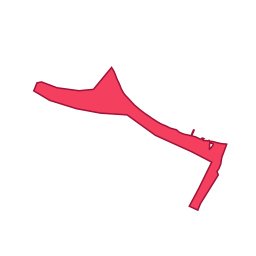 Vieux Fort/Laborie Highway, Vieux Fort, Saint Lucia (orthographic projection), rotated 202°
{"feature_id": "8701671B74160923345613", "entity_name": "Vieux Fort/Laborie Highway", "entity_type": "district", "adm_level": 2, "iso_a3": "LCA", "parent_name": "Saint Lucia", "parent_adm1": "Vieux Fort", "projection": "orthographic", "projection_center": [-60.966, 13.732], "detail": "fine", "context": "isolated", "style": "filled", "palette": "rose", "viewbox_px": 256, "rotation_deg": 202, "n_neighbors": 0, "source": "geoboundaries", "source_scale": "gbopen_adm2", "svg_char_len": 2271}
<svg xmlns="http://www.w3.org/2000/svg" viewBox="0 0 256 256"><g transform="rotate(202 128 128)"><path d="M26.7,118.3L29.2,121.0L28.5,124.4L28.5,129.2L30.0,135.9L30.4,150.0L31.0,149.9L32.3,149.5L33.4,149.1L33.7,149.0L34.6,148.8L35.6,148.5L36.5,148.3L36.9,148.2L37.3,148.1L37.8,148.1L38.4,148.0L38.9,147.9L39.2,147.8L39.6,147.8L40.0,147.7L40.8,147.7L41.7,147.5L42.1,147.5L42.3,147.5L43.3,147.3L43.7,147.3L44.9,147.1L45.0,147.1L45.5,146.9L45.8,146.8L46.2,146.5L46.7,146.2L46.8,145.9L46.7,145.8L46.1,145.8L45.8,145.9L45.5,145.9L45.4,145.7L45.5,145.5L45.5,145.2L45.4,145.0L43.4,145.3L43.1,145.1L42.9,144.7L42.8,144.1L42.9,143.4L43.0,142.8L43.2,142.2L43.3,141.6L43.5,141.2L43.9,139.8L44.1,139.5L44.6,138.9L44.7,139.1L45.3,141.1L45.4,141.5L45.8,142.2L46.0,142.7L46.2,143.3L46.2,144.4L46.2,144.9L46.4,145.0L46.8,145.3L46.9,145.8L47.3,146.4L47.7,146.8L48.2,146.9L48.7,146.5L48.9,146.1L49.3,145.8L50.3,145.8L52.8,144.8L53.4,144.7L53.8,144.7L54.5,145.3L54.8,145.7L54.9,145.8L54.6,146.0L54.0,146.2L53.6,146.3L53.5,146.5L54.4,146.6L55.3,146.5L55.5,146.5L55.6,145.6L56.2,145.1L56.6,144.9L56.9,144.9L57.4,144.8L58.5,144.9L59.5,144.9L60.4,145.0L61.6,145.1L63.5,144.9L65.9,144.7L66.1,144.8L66.0,146.4L65.9,149.0L65.9,150.6L65.9,150.8L66.5,150.8L66.6,148.4L66.6,146.1L66.6,144.6L67.7,144.3L69.0,144.1L70.8,143.8L72.7,143.4L74.0,143.3L76.2,143.2L77.2,143.2L78.4,143.3L79.3,143.4L80.5,143.8L82.0,144.4L83.5,144.4L85.2,144.1L86.4,144.0L88.2,143.8L89.1,143.7L90.0,143.8L92.0,144.0L92.9,144.1L93.9,144.1L96.3,144.1L99.5,144.2L102.2,144.6L103.0,144.7L106.6,145.4L109.8,146.0L113.9,147.0L115.9,147.4L117.9,147.8L122.5,149.1L122.8,149.1L123.0,149.2L125.4,149.9L127.9,150.8L130.7,151.7L134.1,153.3L138.1,155.2L140.0,156.1L142.1,157.0L143.8,157.9L145.4,158.9L147.5,160.6L149.0,161.8L151.1,164.1L153.4,166.4L156.0,168.7L158.0,170.8L159.8,172.8L160.7,173.7L161.9,174.9L162.5,175.4L163.1,175.9L163.8,176.5L164.5,177.0L165.4,177.5L165.9,178.0L174.5,150.9L187.4,144.2L208.9,138.7L225.4,138.3L229.3,135.8L229.3,127.4L229.3,127.1L222.4,126.1L211.0,124.3L183.1,126.6L159.0,131.5L138.1,138.4L133.7,139.8L123.1,137.2L99.9,131.5L73.8,130.4L60.7,129.9L37.6,127.7L38.0,122.5L39.7,98.9L41.2,84.7L41.9,78.4L32.5,78.0L32.5,85.2L27.8,111.9L26.7,118.3Z" fill="#f43f5e" stroke="#9f1239" stroke-width="1.5"/></g></svg>